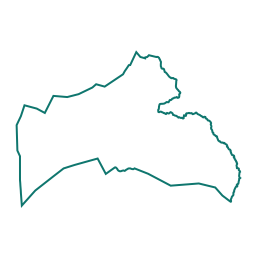 Altanco'gc, Bayan-Ölgiy, Mongolia, rotated 89°
{"feature_id": "93677404B16075742501612", "entity_name": "Altanco'gc", "entity_type": "district", "adm_level": 2, "iso_a3": "MNG", "parent_name": "Mongolia", "parent_adm1": "Bayan-Ölgiy", "projection": "equal_earth", "projection_center": [90.479, 48.976], "detail": "fine", "context": "isolated", "style": "outline", "palette": "teal", "viewbox_px": 256, "rotation_deg": 89, "n_neighbors": 0, "source": "geoboundaries", "source_scale": "gbopen_adm2", "svg_char_len": 5555}
<svg xmlns="http://www.w3.org/2000/svg" viewBox="0 0 256 256"><g transform="rotate(89 128 128)"><path d="M203.5,26.5L203.3,26.3L203.0,26.2L202.7,26.2L201.9,26.4L201.5,26.4L201.2,26.4L199.5,25.6L198.7,25.4L197.8,24.7L197.3,24.1L197.0,23.9L196.6,23.9L196.0,23.7L194.8,23.8L193.9,23.4L193.6,23.0L192.2,22.9L191.1,22.4L190.6,22.2L189.1,21.4L188.3,20.8L188.1,20.6L188.4,20.0L188.4,19.9L188.1,19.7L187.8,19.7L187.6,19.7L187.2,20.0L186.8,20.2L186.6,20.1L186.3,19.9L186.0,19.5L186.0,19.2L185.7,19.0L185.6,18.7L185.0,18.5L183.1,18.2L182.3,17.9L181.6,17.8L180.9,17.7L180.6,17.7L180.4,17.5L180.2,16.9L180.0,16.7L179.7,17.1L178.9,17.5L178.2,17.7L177.4,17.7L176.8,17.6L175.6,17.4L175.0,17.4L174.6,17.3L174.2,17.1L173.8,16.7L172.8,17.1L172.6,17.4L172.3,17.6L172.1,17.9L171.8,18.0L171.1,17.9L170.7,17.9L170.4,18.1L170.0,19.0L170.0,19.8L169.6,19.9L169.3,19.8L168.8,19.8L168.2,20.0L167.6,20.1L167.1,20.1L166.7,19.9L166.1,19.6L165.9,19.5L165.5,19.5L165.2,19.8L164.8,19.9L164.3,19.8L163.9,20.0L163.5,20.5L162.7,20.6L162.4,20.8L162.1,21.2L161.6,21.3L161.2,21.4L160.6,22.0L160.2,22.2L159.8,22.2L159.4,22.2L159.4,22.5L159.2,22.7L158.9,22.6L158.4,22.6L157.9,22.4L157.6,22.5L157.4,22.8L157.2,23.0L157.2,23.4L157.0,23.7L156.9,24.2L156.6,24.6L155.9,24.8L155.2,25.3L154.7,25.3L154.2,25.4L153.5,25.9L152.9,25.7L152.6,25.7L152.3,26.0L151.7,26.1L151.4,26.4L151.3,26.9L151.1,27.4L150.5,27.8L150.3,28.0L150.0,28.2L149.2,28.3L149.0,28.5L148.8,28.7L148.7,29.1L148.1,29.4L147.9,29.3L147.6,29.1L147.2,29.2L146.3,29.7L146.1,30.0L146.0,30.4L145.7,30.9L145.6,31.1L145.0,31.5L144.6,31.9L144.5,32.4L144.8,32.8L144.5,33.2L144.2,33.7L144.2,34.9L143.8,35.7L143.1,36.1L143.0,36.8L142.6,37.1L142.4,37.6L141.9,38.0L138.7,39.2L138.3,39.1L137.8,39.4L137.6,39.8L137.8,40.1L137.6,40.5L136.9,40.9L136.5,41.5L136.2,42.0L135.9,42.5L135.4,42.7L134.5,42.7L134.3,42.8L134.1,43.0L134.0,43.4L133.6,43.6L132.3,43.8L131.7,43.9L130.8,44.4L130.6,44.7L130.2,44.8L129.4,45.0L129.0,44.9L128.4,44.6L127.6,44.6L127.2,44.7L126.0,45.2L125.6,45.2L124.6,44.8L124.1,45.0L123.8,45.1L122.9,45.8L122.4,46.3L122.2,46.6L122.0,47.0L121.9,47.8L121.6,48.2L121.0,48.4L120.2,49.1L120.0,49.5L119.9,49.8L119.7,50.2L119.4,50.3L118.8,50.3L118.3,50.5L118.2,51.0L118.1,51.5L118.2,51.9L118.5,52.3L118.7,52.6L118.5,53.0L118.3,53.3L117.9,53.7L117.5,54.0L117.3,54.3L117.1,55.0L116.4,55.7L116.0,56.6L115.7,57.1L115.4,57.9L115.0,58.4L114.5,58.8L113.9,59.3L113.8,59.6L113.9,60.0L114.2,60.3L114.5,60.7L114.6,61.1L114.8,61.5L115.2,62.6L115.3,62.9L115.2,63.3L114.9,63.5L114.6,63.7L114.3,64.0L114.2,64.4L114.3,65.1L114.4,65.7L114.1,66.3L114.0,66.7L114.0,66.9L114.4,68.3L114.3,68.7L114.3,69.0L114.5,69.4L114.7,69.6L115.2,69.7L116.1,69.7L116.6,69.8L116.9,70.0L116.9,70.4L116.7,70.7L116.4,71.1L116.3,71.4L116.3,71.8L116.7,71.9L117.5,71.8L118.3,72.3L118.8,72.2L119.2,72.2L119.4,72.5L119.4,73.0L118.8,73.6L118.7,73.8L118.7,74.1L118.9,74.4L118.9,74.8L118.7,75.5L118.1,76.7L118.4,77.4L118.0,77.6L117.8,78.0L117.7,78.2L117.3,78.8L116.8,79.2L116.8,79.5L116.6,79.8L116.5,80.7L116.2,81.1L116.0,81.5L115.8,82.3L115.7,82.7L114.7,83.0L114.2,83.2L113.4,84.1L113.3,84.4L112.9,85.0L113.0,85.3L113.1,85.5L113.5,86.0L113.8,86.2L114.1,86.6L114.2,87.2L113.9,88.1L113.7,88.4L113.6,88.7L113.8,89.0L114.1,89.2L114.5,89.5L114.7,89.8L114.6,90.1L114.4,90.5L113.8,91.1L113.7,91.4L113.7,92.1L113.2,92.7L112.7,93.7L112.7,94.0L112.4,94.3L112.3,94.5L112.2,95.2L112.3,95.5L112.7,96.4L112.6,97.2L112.3,97.4L110.8,97.5L110.5,97.5L110.1,97.3L109.8,97.0L108.4,96.7L108.1,96.7L107.7,96.7L106.9,96.6L106.7,96.5L105.1,96.1L104.7,95.8L104.5,95.3L104.4,94.0L104.4,93.0L104.3,91.9L104.1,91.0L103.9,90.7L103.6,90.3L103.3,89.7L103.0,89.4L102.7,88.7L102.9,87.9L103.0,87.4L102.9,87.0L101.8,86.3L101.0,85.9L100.7,85.5L100.8,85.2L100.8,84.7L100.5,84.1L100.0,83.7L99.5,83.2L99.2,82.6L99.2,82.2L99.0,81.8L98.5,81.2L98.4,80.7L98.4,79.8L98.2,79.3L97.9,78.7L98.2,78.3L98.5,78.2L98.7,77.9L98.6,77.2L98.5,76.8L98.1,76.4L97.8,76.3L97.2,76.2L96.6,76.1L95.9,76.2L95.2,76.2L94.3,75.3L93.6,75.1L93.0,75.4L92.8,75.5L92.6,75.7L92.5,76.0L92.0,76.5L91.4,76.9L90.9,77.2L90.4,77.8L88.5,79.2L87.8,79.2L87.5,79.3L86.9,79.4L86.3,79.3L85.9,79.3L85.5,79.2L84.2,79.1L83.1,79.0L81.7,78.9L81.0,78.6L80.5,78.8L80.3,79.0L80.1,79.3L79.8,80.3L79.6,80.8L79.4,81.4L79.1,81.6L78.9,81.8L78.8,82.0L78.8,82.5L79.0,83.1L78.9,83.9L78.8,84.1L78.5,84.2L78.4,84.3L78.2,84.9L78.0,85.2L77.3,86.0L76.2,86.8L74.3,88.2L74.2,88.4L73.8,88.6L73.3,89.1L73.0,89.5L72.8,89.9L72.6,90.3L72.3,90.4L72.0,90.4L71.6,90.5L71.2,90.7L70.4,90.8L69.8,91.0L69.3,91.7L69.4,92.3L69.3,92.5L69.1,93.2L68.9,93.4L68.1,93.6L67.2,93.9L66.8,94.1L65.5,94.1L65.3,94.1L65.1,94.1L63.9,94.0L62.8,93.9L62.5,93.9L62.2,94.0L61.3,94.5L60.1,94.9L59.3,95.4L58.5,95.7L58.2,96.0L57.5,96.8L57.4,97.6L57.4,97.9L57.5,98.0L57.5,98.5L55.6,105.8L57.3,107.5L57.4,108.1L57.6,108.6L57.6,109.2L57.8,109.7L58.6,109.7L57.2,114.4L52.3,118.4L65.1,124.7L65.2,126.1L68.0,128.0L71.2,130.3L74.2,132.0L86.2,150.6L83.7,159.1L86.9,162.9L93.3,176.8L96.0,188.2L94.6,202.0L111.5,210.9L107.0,218.9L103.5,231.1L114.3,234.9L123.2,239.3L148.6,239.0L154.3,236.5L178.1,236.9L181.1,236.7L183.6,236.6L188.5,236.3L191.5,236.2L203.7,235.5L188.9,221.8L175.3,203.8L167.3,193.1L164.0,182.0L158.0,158.9L173.5,151.0L167.2,141.8L167.2,141.0L167.5,140.6L168.0,140.1L168.7,139.5L169.7,139.0L170.4,138.4L170.9,137.5L171.1,136.9L171.1,135.9L170.9,135.4L170.5,134.1L170.4,133.1L170.8,132.1L170.4,131.3L169.8,130.7L168.8,128.8L168.5,128.4L168.4,126.6L169.0,125.1L169.2,124.2L169.2,123.2L168.5,122.2L174.1,108.7L186.4,86.3L184.7,58.2L189.0,41.8L197.2,34.8L203.1,27.3L203.5,26.5Z" fill="none" stroke="#0f766e" stroke-width="2"/></g></svg>